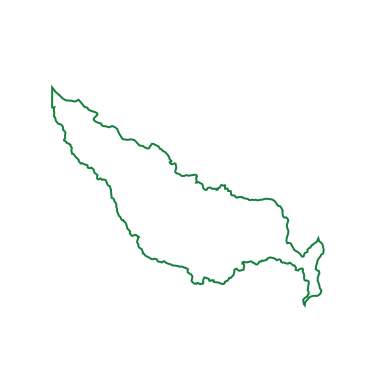 outline of São Valério, Tocantins, Brazil, rotated 342°
{"feature_id": "56859067B12336080421503", "entity_name": "São Valério", "entity_type": "district", "adm_level": 2, "iso_a3": "BRA", "parent_name": "Brazil", "parent_adm1": "Tocantins", "projection": "orthographic", "projection_center": [-48.122, -11.769], "detail": "fine", "context": "isolated", "style": "outline", "palette": "green", "viewbox_px": 384, "rotation_deg": 342, "n_neighbors": 0, "source": "geoboundaries", "source_scale": "gbopen_adm2", "svg_char_len": 6066}
<svg xmlns="http://www.w3.org/2000/svg" viewBox="0 0 384 384"><g transform="rotate(342 192 192)"><path d="M85.1,68.3L85.9,69.0L87.2,68.9L86.6,69.8L85.8,72.0L85.7,73.4L84.1,77.7L84.7,78.4L84.7,81.2L84.5,82.4L85.1,83.4L85.7,85.6L88.2,87.3L89.1,88.7L89.3,90.8L88.6,93.1L89.3,94.1L90.0,96.4L89.5,97.7L88.8,98.6L88.3,100.7L87.6,102.0L86.5,102.6L86.3,103.6L87.7,105.1L87.9,106.4L88.5,107.1L89.3,107.5L91.0,109.5L90.6,110.3L91.4,112.6L90.9,113.9L90.1,115.2L89.8,118.6L90.8,119.0L91.4,120.1L91.9,122.3L92.6,123.2L92.9,124.3L93.8,125.3L94.1,126.5L93.8,127.6L94.6,129.7L95.2,130.7L96.3,130.6L98.8,132.9L100.7,134.2L100.8,135.3L100.3,136.2L100.8,137.1L102.5,137.9L103.8,137.7L105.3,140.1L105.1,143.3L107.3,146.7L106.1,149.0L106.0,149.9L106.4,150.8L107.2,151.2L109.3,150.8L110.3,152.7L111.6,152.7L113.6,154.0L114.1,159.4L114.5,160.2L115.6,161.0L115.5,163.5L115.8,164.8L115.2,166.0L113.8,172.8L114.9,173.7L115.5,174.7L115.3,176.7L116.2,179.0L116.1,181.4L115.4,182.4L115.5,185.3L114.8,186.5L115.1,191.9L116.1,193.7L116.4,196.4L116.9,197.3L117.9,197.4L118.3,198.8L119.2,200.4L119.5,202.4L119.3,207.1L120.0,208.0L120.2,209.0L120.9,210.2L120.8,211.2L120.1,212.1L120.4,213.4L121.5,215.3L125.1,215.2L127.6,218.5L126.5,218.8L126.0,220.0L124.6,222.0L124.3,223.2L124.8,225.2L124.2,227.2L124.7,228.7L126.4,230.7L126.7,234.3L126.2,235.1L127.2,235.8L127.5,237.2L128.4,238.7L129.4,239.4L133.0,243.5L134.0,243.9L135.1,243.7L136.1,244.0L136.8,244.5L137.9,245.4L137.9,247.1L138.9,248.1L140.4,248.7L141.5,249.7L143.6,249.0L144.5,249.6L145.0,250.8L147.5,253.1L149.5,254.3L150.9,255.9L152.2,256.3L155.4,257.9L157.2,259.3L158.3,259.4L159.6,260.0L160.4,260.5L161.0,261.3L162.0,261.7L162.5,262.6L163.5,263.1L164.3,264.1L163.7,265.0L163.1,267.1L165.5,269.9L166.1,271.4L166.3,272.7L164.2,276.2L164.3,277.3L165.8,279.9L167.0,280.0L167.9,280.8L169.1,280.2L170.2,280.8L170.6,281.7L171.5,282.3L172.7,282.0L173.5,282.6L174.5,282.3L175.2,279.6L177.0,277.2L177.9,277.3L178.9,277.8L179.7,278.8L180.9,279.5L181.3,280.2L181.0,281.3L181.5,282.2L183.0,282.0L184.6,282.3L185.3,282.8L184.7,283.8L185.8,284.7L188.5,285.9L190.1,287.0L191.6,288.4L193.2,289.1L194.0,289.1L195.0,288.7L195.4,287.6L198.6,287.2L200.2,286.1L200.8,285.2L202.7,285.6L203.4,285.0L204.5,284.6L205.9,283.6L206.6,282.6L207.7,280.8L207.8,279.9L208.5,279.0L209.5,278.7L210.8,278.8L211.2,280.0L211.9,280.9L212.8,281.6L217.2,281.8L218.0,279.6L218.8,278.5L218.9,276.0L217.8,275.7L218.3,274.5L219.7,274.5L221.8,275.7L222.7,275.9L226.5,276.1L227.4,276.7L227.8,277.8L229.1,278.5L229.6,279.6L230.4,280.5L231.4,281.1L233.4,280.1L234.3,279.2L235.5,279.1L236.5,279.5L237.5,278.8L238.4,279.5L242.3,279.6L243.0,278.6L246.0,278.3L249.6,280.4L251.1,282.1L251.5,283.1L253.5,282.9L254.7,283.3L255.4,284.5L255.0,285.7L256.2,287.2L257.2,287.2L259.9,289.3L261.1,289.8L262.1,289.5L263.1,289.5L263.8,290.2L265.5,293.1L266.8,293.5L267.5,296.4L266.5,298.1L268.7,299.5L269.4,298.9L271.8,298.5L273.0,298.7L273.6,299.5L273.6,300.6L272.9,301.1L272.7,302.1L273.1,304.6L272.7,306.9L272.0,307.9L271.8,310.5L272.9,311.6L274.0,311.6L275.1,312.8L275.3,313.9L273.2,317.9L272.5,319.8L271.8,320.8L272.0,323.2L271.3,325.3L270.2,325.8L269.3,327.0L266.6,327.6L265.3,328.2L264.4,328.9L263.7,333.1L264.3,334.6L265.4,332.0L271.1,328.4L272.3,328.2L274.6,328.2L275.9,328.4L279.1,329.5L281.3,329.0L282.8,328.2L284.3,326.2L284.6,325.3L283.8,323.0L284.2,320.7L284.3,317.4L284.0,315.2L285.0,312.6L286.2,311.1L286.6,310.0L287.8,309.1L288.3,307.6L288.2,306.3L287.1,305.5L285.9,303.4L286.5,302.6L286.6,301.5L288.1,299.4L288.8,298.7L289.3,297.4L290.9,295.3L292.4,294.0L294.3,293.0L294.9,292.1L295.8,291.4L297.4,291.1L298.3,290.1L298.6,289.1L299.4,287.9L299.9,282.3L299.7,281.3L297.7,277.8L297.9,275.0L296.9,275.9L296.0,277.3L295.1,278.0L291.6,278.9L290.7,279.6L289.2,279.7L287.3,281.5L286.1,281.5L285.0,281.9L284.0,282.5L283.9,283.4L283.2,284.7L280.7,284.9L280.0,285.4L278.2,287.8L277.3,287.8L276.4,287.0L275.6,284.4L274.7,282.5L271.7,279.2L271.1,277.4L271.0,275.9L270.4,274.6L270.4,273.1L270.1,271.6L268.6,270.3L266.7,270.1L266.6,268.6L266.8,267.2L268.0,264.9L270.5,261.4L271.5,259.1L271.7,257.6L271.4,256.3L271.8,253.1L274.6,249.0L274.8,247.8L273.9,245.3L272.6,245.2L271.6,244.4L271.0,243.0L271.9,238.7L272.5,238.0L272.4,236.7L271.6,233.0L269.8,231.9L269.6,231.0L268.8,230.0L268.8,229.1L268.1,226.9L267.4,225.6L266.3,224.3L264.9,223.3L260.3,221.2L255.8,220.9L254.4,220.5L252.2,220.4L250.0,219.0L248.8,218.9L246.7,217.9L244.7,217.7L243.7,217.0L243.0,215.9L239.7,214.1L238.7,213.3L238.4,212.5L237.3,212.2L236.4,211.6L234.5,211.2L233.4,211.4L232.0,210.5L231.8,209.2L230.8,208.2L228.7,207.3L228.4,205.9L228.9,204.6L229.1,203.2L226.7,202.1L227.0,200.7L226.7,199.6L225.7,199.3L224.6,199.4L224.6,198.2L225.5,195.9L223.5,195.5L222.6,194.7L221.7,194.5L219.9,196.2L217.8,196.5L217.2,197.6L216.0,197.6L216.3,196.6L211.9,195.0L211.1,193.7L209.9,193.2L208.7,193.0L207.8,193.3L207.0,194.3L205.7,194.3L204.8,193.4L203.9,191.9L204.3,189.8L204.1,187.6L201.2,184.6L200.0,184.6L198.8,184.3L200.0,182.5L199.9,181.3L200.6,179.3L201.5,178.9L201.6,177.7L200.8,176.7L199.7,176.3L197.1,176.1L195.6,175.6L194.2,175.6L192.9,175.0L191.9,174.2L189.6,174.3L187.1,173.5L185.6,171.2L184.7,170.3L183.5,169.8L182.4,168.4L182.4,167.2L184.5,164.2L185.1,160.0L184.4,159.4L181.8,159.5L180.9,158.9L180.0,157.7L180.1,156.7L181.1,156.8L182.0,156.3L180.8,153.3L181.1,152.1L180.3,148.9L178.9,145.9L176.7,143.5L176.2,142.0L174.9,141.1L174.4,138.6L170.1,134.2L168.6,133.8L167.3,135.0L166.0,135.6L165.0,137.0L163.8,137.1L162.6,136.5L161.2,135.3L159.7,133.4L158.7,132.6L156.4,131.6L154.4,127.0L153.2,124.9L152.5,124.3L150.3,123.1L146.7,122.4L142.6,120.4L142.1,119.5L140.8,114.0L140.4,110.3L140.4,108.9L138.9,106.8L136.8,104.8L135.8,104.6L133.4,104.9L130.8,103.2L127.7,101.7L126.7,100.3L126.8,98.9L124.4,97.4L121.9,95.0L121.1,93.8L120.9,92.4L121.8,91.4L125.4,89.6L126.2,88.5L125.8,87.3L123.8,85.5L121.9,84.3L119.4,82.2L118.8,81.1L118.7,79.9L118.1,79.1L115.9,77.8L115.2,75.4L112.7,69.3L109.0,69.8L107.2,69.1L105.9,68.1L100.7,66.0L98.8,64.1L97.5,62.5L96.2,59.6L93.3,54.9L91.3,49.4L85.1,68.3Z" fill="none" stroke="#15803d" stroke-width="2"/></g></svg>